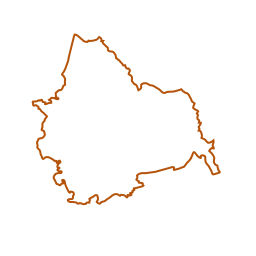 the border of Punjab, rotated 101°
{"feature_id": "IND-3249", "entity_name": "Punjab", "entity_type": "State", "adm_level": 1, "iso_a3": "IND", "parent_name": "India", "parent_adm1": "", "projection": "natural_earth1", "projection_center": [75.648, 31.038], "detail": "fine", "context": "isolated", "style": "outline", "palette": "amber", "viewbox_px": 256, "rotation_deg": 101, "n_neighbors": 0, "source": "natural_earth", "source_scale": "10m", "svg_char_len": 5917}
<svg xmlns="http://www.w3.org/2000/svg" viewBox="0 0 256 256"><g transform="rotate(101 128 128)"><path d="M123.7,54.0L124.4,51.0L124.9,49.9L126.6,47.8L127.2,46.5L126.8,45.0L125.4,43.1L123.9,41.8L125.4,41.3L128.9,41.6L130.2,40.9L130.6,40.4L131.4,40.0L131.7,40.0L131.8,40.4L131.7,41.6L131.8,42.0L132.2,42.4L133.8,43.5L135.0,43.9L136.9,41.0L138.8,39.0L140.9,37.6L144.7,37.3L145.6,36.9L147.3,35.3L147.7,33.6L148.0,33.0L151.0,31.9L152.1,31.0L152.7,30.8L153.7,29.5L154.2,29.7L154.7,30.3L157.2,35.2L157.3,35.6L157.2,36.0L156.9,36.4L154.2,38.0L150.0,41.5L148.0,44.0L147.2,44.8L146.3,45.4L145.3,45.8L141.5,46.7L141.0,47.2L140.7,48.0L140.6,48.9L140.7,50.0L141.1,50.8L141.6,51.2L142.0,51.2L143.2,50.8L143.5,50.9L143.6,51.4L143.3,52.3L142.4,54.2L139.3,57.8L139.1,58.4L139.2,58.8L140.3,59.4L143.6,59.9L144.8,60.4L145.7,60.2L146.0,60.6L148.6,61.8L151.2,63.6L154.5,65.1L155.5,65.8L156.1,67.0L158.1,70.1L160.3,74.5L160.3,74.9L159.9,75.2L158.5,75.1L158.1,75.3L157.8,75.6L157.8,76.8L165.9,93.0L168.9,101.9L169.7,105.9L170.1,106.9L170.7,108.0L171.8,109.3L173.0,110.1L174.2,109.5L175.3,109.3L176.3,109.8L177.1,109.9L177.7,108.9L178.1,107.4L178.4,107.1L179.2,107.2L179.5,107.0L179.6,106.3L179.3,103.8L179.6,103.0L181.1,102.6L181.6,101.9L182.4,102.6L184.5,106.9L185.7,109.4L186.0,110.6L186.4,110.8L186.7,110.7L187.3,110.1L187.6,110.0L188.0,110.3L188.4,111.2L188.8,111.6L189.1,111.7L189.5,111.2L190.4,111.3L191.0,112.0L191.3,113.2L191.6,113.5L192.1,113.2L192.6,112.1L193.0,111.9L193.5,112.4L193.9,113.2L194.0,113.9L193.7,115.1L193.8,115.4L195.5,115.3L196.0,115.5L196.3,115.9L195.9,116.7L195.1,117.7L194.8,118.7L194.8,121.6L194.9,122.1L196.0,122.8L196.0,123.4L195.4,124.6L195.1,125.7L195.2,127.1L195.6,128.5L196.2,129.4L197.3,130.6L200.3,133.1L201.4,134.5L204.0,136.7L204.5,137.4L205.8,140.1L207.3,140.8L207.7,141.5L207.6,142.4L207.4,143.3L206.5,144.6L204.3,143.9L202.5,144.1L200.5,145.1L200.1,145.4L199.9,146.3L200.0,146.8L200.4,147.5L202.0,149.0L204.7,152.3L205.0,152.4L205.8,151.7L206.4,151.6L207.8,151.9L208.6,151.7L209.1,154.2L209.4,154.5L210.5,154.9L211.2,156.9L211.3,157.7L210.9,159.8L210.9,160.9L211.8,162.5L211.8,162.9L211.3,164.0L211.0,164.7L211.1,167.7L211.7,170.8L211.3,172.4L210.8,173.1L210.2,173.3L209.6,173.0L209.1,172.0L208.3,169.3L207.9,168.9L207.4,168.7L205.1,169.0L204.0,168.5L203.2,168.5L201.9,169.2L201.5,169.8L201.3,172.0L201.6,172.4L202.5,172.7L202.6,173.0L202.0,173.9L201.1,174.7L197.6,177.4L195.2,178.9L193.0,179.7L192.2,180.2L191.6,180.8L191.3,181.5L191.4,182.1L191.6,182.5L191.9,182.6L192.8,182.2L194.0,180.7L194.4,180.7L194.8,181.1L195.2,182.4L195.8,182.9L196.7,183.3L197.2,183.9L197.0,185.0L196.6,186.0L196.5,187.3L196.3,187.6L194.4,188.9L191.2,191.5L189.3,191.5L188.7,191.1L187.4,190.7L187.0,190.4L186.0,188.9L185.6,187.8L185.0,185.3L184.5,184.8L183.7,184.8L183.3,185.1L183.2,185.7L183.7,186.8L183.7,187.2L183.1,188.8L182.9,189.1L182.5,189.3L182.0,189.2L180.7,187.7L180.3,187.7L180.1,187.9L180.2,189.4L180.0,189.7L179.5,190.0L178.5,190.0L176.7,189.6L174.6,187.9L174.2,187.8L173.4,188.4L173.1,188.8L173.4,189.6L174.0,190.1L175.5,190.7L175.9,191.0L175.6,191.5L174.4,191.7L174.0,192.1L174.0,192.9L174.3,193.8L174.3,194.0L173.2,195.7L172.2,198.9L171.8,200.8L172.0,201.9L172.7,203.7L174.1,204.8L174.5,205.2L174.5,205.9L173.8,206.5L172.2,207.4L170.2,208.9L169.0,209.2L166.8,210.3L165.0,212.8L164.5,213.2L163.9,213.5L162.4,213.4L159.8,214.5L158.8,214.5L157.1,213.9L155.9,213.8L155.2,212.8L154.4,210.7L154.0,210.1L152.8,209.1L151.0,208.4L150.4,208.4L149.0,208.9L147.2,209.8L146.8,210.3L146.7,210.8L146.7,211.9L146.3,212.4L145.6,212.5L143.7,212.1L140.5,212.8L138.9,212.5L136.9,211.3L135.4,211.3L132.6,209.9L132.2,209.8L131.8,210.0L131.0,211.4L129.8,213.0L128.4,215.6L128.0,216.3L126.3,218.0L126.1,219.6L125.8,219.7L125.0,219.6L124.4,220.0L123.6,221.5L123.3,222.3L123.2,223.0L124.0,224.5L123.9,225.1L123.5,225.5L122.0,225.8L121.0,226.5L120.2,226.3L119.3,222.8L117.8,220.8L117.7,220.6L118.0,220.0L117.9,219.6L116.9,218.5L116.8,217.9L118.3,217.0L118.7,216.6L118.6,214.8L118.8,214.0L120.1,214.0L120.4,213.9L120.4,213.7L120.0,212.7L118.5,210.4L118.0,208.3L117.7,208.1L117.2,208.2L116.2,208.8L115.9,209.3L115.7,210.7L115.5,210.9L114.4,209.7L113.1,209.0L112.9,208.7L112.8,208.2L112.9,206.8L112.5,205.8L113.1,204.8L113.2,203.1L113.0,202.2L112.6,201.9L112.1,202.2L111.9,202.5L111.6,204.1L111.1,204.6L108.5,205.4L107.2,205.6L104.2,203.1L104.0,202.8L103.6,201.4L103.0,200.6L102.1,200.1L98.7,199.4L97.7,198.1L97.4,198.0L94.7,198.8L92.4,199.0L91.6,199.2L89.5,200.9L88.3,202.9L87.3,202.8L84.3,201.5L80.9,200.7L73.8,199.6L68.6,199.6L48.1,198.5L46.5,198.2L46.4,197.1L47.1,194.8L51.1,188.0L51.4,186.4L51.5,185.3L51.1,184.1L49.8,183.5L50.0,182.7L49.2,179.7L48.0,176.9L46.9,175.2L44.2,173.6L44.7,172.3L45.6,171.3L46.7,170.7L47.7,170.8L47.3,169.0L48.3,169.4L48.9,169.2L49.5,168.8L52.3,164.6L52.6,163.8L53.1,163.2L55.2,162.6L56.0,161.7L56.2,160.1L56.0,157.7L56.5,156.5L58.1,154.7L59.0,154.1L60.1,153.5L61.4,153.2L61.8,152.9L62.2,151.4L63.0,150.7L63.3,149.4L64.6,148.0L65.8,146.2L67.5,144.6L67.4,144.2L66.9,142.8L67.1,142.6L68.2,142.2L69.3,141.3L69.9,140.1L69.5,138.9L70.4,137.6L70.9,137.2L71.6,137.1L73.7,137.6L74.8,137.7L75.3,137.1L75.5,136.2L76.1,135.0L77.0,134.1L78.0,133.6L80.2,133.4L81.3,133.0L83.7,130.2L83.8,128.9L84.6,127.7L85.8,126.8L88.9,125.0L87.5,123.4L86.6,122.9L85.6,122.8L83.2,123.3L82.3,122.9L81.1,121.1L80.8,120.1L80.6,118.9L80.8,117.5L81.7,114.9L81.7,111.9L82.1,110.3L84.2,104.6L86.4,101.2L86.7,100.0L86.6,98.7L85.0,96.1L83.4,89.8L80.4,83.9L79.8,83.2L80.6,81.9L81.3,81.4L81.7,80.0L82.3,79.2L82.6,76.5L83.2,75.5L84.0,74.6L88.1,71.2L89.0,70.9L89.7,70.3L91.2,67.3L94.7,68.0L95.9,67.8L96.9,66.0L97.4,63.7L98.3,62.3L100.7,63.2L101.6,62.0L102.7,61.8L103.9,62.0L105.2,61.8L105.9,61.4L106.9,59.7L107.4,59.5L109.3,59.5L108.9,57.6L109.9,57.4L113.2,58.7L113.6,58.8L114.1,58.6L114.7,57.9L115.2,57.7L117.1,58.2L117.1,56.6L118.3,55.4L120.0,54.5L121.2,54.0L122.0,53.9L123.7,54.0Z" fill="none" stroke="#b45309" stroke-width="2"/></g></svg>